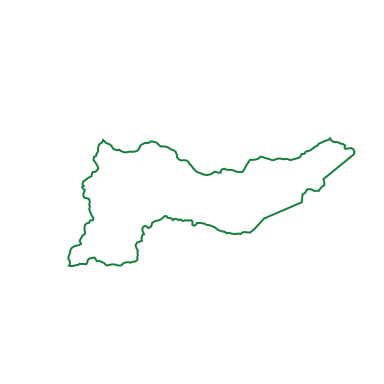 outline of Rio do Pires, Bahia, Brazil, rotated 309°
{"feature_id": "56859067B13146524318687", "entity_name": "Rio do Pires", "entity_type": "district", "adm_level": 2, "iso_a3": "BRA", "parent_name": "Brazil", "parent_adm1": "Bahia", "projection": "orthographic", "projection_center": [-42.161, -13.135], "detail": "fine", "context": "isolated", "style": "outline", "palette": "green", "viewbox_px": 384, "rotation_deg": 309, "n_neighbors": 0, "source": "geoboundaries", "source_scale": "gbopen_adm2", "svg_char_len": 3946}
<svg xmlns="http://www.w3.org/2000/svg" viewBox="0 0 384 384"><g transform="rotate(309 192 192)"><path d="M320.6,265.4L318.7,265.4L316.5,263.9L314.7,262.9L312.5,261.8L309.3,260.1L307.0,260.3L304.5,259.2L301.7,258.4L299.2,257.8L297.2,256.8L295.1,255.0L292.7,255.4L290.2,253.2L288.0,253.9L285.7,253.5L283.1,251.6L280.4,249.6L278.5,248.2L278.0,246.0L277.0,244.4L275.2,242.8L274.3,241.0L273.3,239.2L271.4,237.2L269.3,236.1L267.7,235.0L266.9,233.5L266.2,231.3L265.1,228.9L264.3,227.0L263.7,225.1L262.4,223.0L259.4,222.4L257.4,221.1L255.2,219.0L253.5,216.8L251.7,217.1L250.1,217.2L247.7,217.3L244.5,218.0L241.9,218.4L239.1,218.4L237.6,216.7L236.4,215.1L235.7,213.3L235.2,211.4L234.2,209.2L232.7,207.1L231.3,205.3L230.4,202.5L228.9,201.3L227.1,201.1L225.2,202.0L223.7,200.5L221.8,196.6L219.2,196.0L217.3,195.2L214.7,193.1L212.6,189.5L211.9,186.5L211.0,184.5L210.6,181.7L211.4,177.3L212.2,174.5L212.2,172.2L213.2,170.5L213.1,168.0L211.6,165.6L209.8,163.9L209.2,162.0L209.3,160.0L209.6,158.4L211.2,157.1L212.9,154.1L212.8,151.5L212.0,149.1L211.7,147.1L211.5,145.0L210.7,142.9L208.9,140.5L207.8,139.2L207.7,137.4L208.1,133.3L206.3,129.4L205.2,128.1L203.1,127.5L201.7,126.2L200.6,124.6L199.0,123.8L196.2,122.7L193.8,123.3L192.0,123.5L190.1,123.7L188.3,122.8L186.9,121.5L185.4,120.2L184.6,118.5L182.4,116.8L180.4,114.7L179.4,112.1L179.0,110.4L178.9,108.5L177.2,107.5L176.6,105.8L176.0,103.4L177.1,100.6L177.3,98.7L176.9,97.0L176.0,94.2L176.5,90.2L174.3,90.9L172.5,90.5L170.6,89.9L168.3,90.8L165.9,92.1L164.4,93.5L161.8,93.7L159.6,94.8L157.8,93.8L156.2,94.4L154.8,95.3L154.5,97.3L153.8,99.3L152.9,101.7L151.6,104.3L148.9,104.6L147.2,104.3L145.0,102.3L142.5,103.1L141.0,104.0L138.7,102.9L137.1,102.3L134.9,101.8L131.9,100.9L129.2,102.0L128.4,104.1L126.7,103.5L126.1,105.1L125.9,107.6L123.6,108.3L121.6,109.1L120.2,110.6L120.0,112.7L121.1,114.4L121.7,116.6L120.0,118.8L117.4,120.2L116.4,121.9L114.1,122.8L112.4,125.2L111.4,127.2L110.5,129.3L109.7,131.7L108.0,132.7L105.6,130.7L103.2,131.3L101.5,129.9L99.1,129.6L96.8,130.7L94.8,132.5L93.8,133.8L92.3,135.0L90.7,134.9L89.1,134.3L86.7,134.8L83.4,135.4L81.8,138.5L79.8,137.7L77.8,136.3L76.5,135.1L74.6,134.3L72.7,133.7L71.0,133.9L69.4,134.6L67.6,135.8L65.2,136.2L63.5,136.9L62.3,138.1L61.1,140.9L59.5,142.2L57.3,142.8L58.4,144.6L59.8,146.3L61.9,147.6L63.5,149.4L65.6,149.8L66.3,151.3L68.0,153.1L69.4,155.3L71.5,155.0L72.9,154.0L74.7,153.8L76.4,154.7L78.1,156.0L79.7,157.6L79.0,159.7L78.4,161.9L80.3,163.6L80.7,166.0L81.5,168.2L81.2,170.4L81.4,172.3L83.2,173.5L85.6,175.5L87.0,177.4L88.0,180.1L89.4,182.1L90.8,183.4L93.3,183.5L96.0,185.1L97.5,186.9L98.3,188.5L100.3,189.7L102.4,191.8L105.0,192.2L106.9,190.5L108.9,189.6L110.7,187.6L112.6,186.5L113.5,183.9L115.3,181.5L118.2,181.2L120.7,182.6L122.5,183.8L124.1,182.0L126.0,181.1L127.5,180.5L129.0,181.3L129.9,179.3L131.7,176.7L134.2,176.1L136.0,176.7L136.6,178.4L136.6,180.8L138.4,181.8L140.6,181.6L142.9,180.5L144.9,181.1L147.1,182.3L149.1,184.0L150.9,185.0L153.1,185.4L156.1,186.0L157.2,187.3L156.7,189.6L158.5,192.3L158.1,194.9L159.8,195.1L161.2,196.6L161.5,199.0L163.6,200.5L163.3,202.1L164.2,203.5L165.7,204.4L167.0,206.6L168.6,208.2L169.7,209.4L169.0,211.3L166.7,213.0L167.1,214.9L169.3,215.6L171.0,215.3L172.1,216.6L173.7,218.8L175.2,221.5L175.6,224.0L177.1,226.3L178.1,229.2L178.8,231.7L178.9,233.6L178.9,235.8L179.5,238.0L180.5,240.5L181.8,242.9L181.8,244.9L183.6,246.5L184.3,248.4L185.4,250.3L186.8,252.3L189.1,254.4L189.9,256.3L191.7,256.4L193.6,257.6L194.8,259.5L196.0,261.2L197.2,262.7L199.6,263.2L202.6,263.8L209.6,264.3L216.8,264.7L253.0,283.7L259.9,279.4L262.1,280.4L264.2,280.2L266.2,279.7L268.3,281.6L269.3,283.6L269.7,286.3L271.2,287.9L272.7,289.8L275.0,289.6L277.4,289.6L280.6,290.5L282.9,288.6L284.6,286.0L323.3,294.1L325.7,292.9L326.7,290.6L326.3,288.1L324.1,286.0L322.0,284.1L322.6,282.5L324.5,281.8L324.3,279.4L323.2,277.2L322.7,275.0L321.8,272.9L320.2,270.9L319.6,268.1L320.6,265.4Z" fill="none" stroke="#15803d" stroke-width="2"/></g></svg>